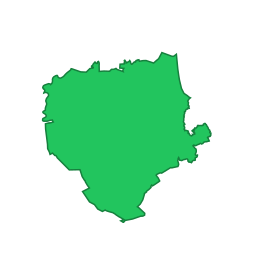 Ometepec, Guerrero, Mexico (Natural Earth projection), rotated 58°
{"feature_id": "50627088B84554678203253", "entity_name": "Ometepec", "entity_type": "district", "adm_level": 2, "iso_a3": "MEX", "parent_name": "Mexico", "parent_adm1": "Guerrero", "projection": "natural_earth1", "projection_center": [-98.323, 16.673], "detail": "fine", "context": "isolated", "style": "filled", "palette": "green", "viewbox_px": 256, "rotation_deg": 58, "n_neighbors": 0, "source": "geoboundaries", "source_scale": "gbopen_adm2", "svg_char_len": 5536}
<svg xmlns="http://www.w3.org/2000/svg" viewBox="0 0 256 256"><g transform="rotate(58 128 128)"><path d="M53.7,180.8L53.9,179.4L55.1,178.1L55.9,177.6L56.9,177.5L58.2,178.1L58.7,178.6L59.0,179.4L59.7,181.3L60.1,181.9L61.0,182.9L61.5,183.4L63.8,183.9L64.4,184.2L65.2,184.8L66.0,186.0L67.3,187.5L68.9,188.6L69.1,188.9L69.0,190.9L69.1,191.3L69.3,191.7L69.8,191.9L70.5,191.8L72.3,190.9L73.5,190.7L74.1,190.8L74.7,191.2L75.0,191.7L75.1,192.3L74.9,195.1L75.2,195.6L76.3,196.4L76.7,196.4L77.4,196.0L78.1,195.0L79.2,193.3L79.6,192.3L80.2,189.9L81.2,187.9L82.5,188.2L83.3,188.2L82.8,190.2L82.1,192.2L81.9,192.1L81.6,192.7L80.7,195.8L85.2,198.4L99.2,204.9L103.0,207.1L106.6,207.4L109.1,208.1L109.3,205.3L112.5,204.6L113.2,203.7L115.0,203.7L115.7,203.8L132.4,200.0L137.9,190.8L145.0,192.6L149.4,192.6L149.5,192.4L149.8,192.3L151.3,192.7L155.5,192.8L158.4,192.5L158.3,194.4L157.8,200.2L170.3,199.8L175.2,197.0L180.7,196.6L185.2,193.9L185.5,190.8L186.6,190.3L189.0,188.3L191.8,185.7L194.2,184.5L195.2,184.2L198.7,182.6L199.1,182.3L203.5,180.0L202.9,183.3L203.8,182.8L205.2,182.2L205.6,181.7L204.9,179.3L207.6,172.3L209.5,164.0L210.6,162.1L210.7,160.1L209.2,159.0L201.6,161.0L199.8,161.8L199.0,157.9L196.7,153.5L193.0,149.3L192.2,148.8L192.2,147.0L191.9,146.5L192.0,146.3L191.6,146.1L191.3,144.4L191.3,143.3L190.6,140.0L190.1,139.9L189.6,139.6L189.0,138.2L190.0,138.1L190.1,136.9L189.9,130.3L189.7,129.2L186.5,128.9L185.7,128.9L185.1,129.1L182.9,129.1L182.6,128.1L183.0,124.7L184.1,123.3L184.2,112.8L185.0,112.0L187.1,106.1L186.6,105.2L186.3,105.1L185.6,104.2L184.3,103.8L183.8,103.6L182.2,103.3L181.3,102.3L180.3,101.5L179.9,100.7L181.3,100.9L182.6,101.3L182.8,101.2L183.1,100.7L184.1,99.7L184.3,97.4L184.8,96.5L185.2,94.8L185.8,94.1L186.3,94.0L187.2,94.3L187.8,94.7L188.4,94.6L188.6,94.3L188.9,94.5L189.1,94.5L190.4,92.9L191.0,92.7L190.9,92.0L190.5,91.6L190.3,91.3L190.3,90.9L190.1,90.4L190.2,89.4L190.7,88.8L190.9,88.3L190.9,88.1L190.8,87.9L189.0,86.9L188.9,86.4L189.2,85.4L189.2,85.2L188.8,84.4L187.8,83.4L187.6,83.5L187.4,84.6L186.8,85.0L186.5,85.1L186.1,84.9L185.5,84.4L185.1,83.7L184.4,82.8L183.3,82.1L182.0,81.5L181.8,81.5L180.8,82.0L179.6,82.0L179.1,82.1L178.8,82.1L177.8,82.3L177.4,82.2L177.3,81.4L177.9,80.8L178.5,80.4L178.8,80.1L179.0,78.6L179.0,77.7L179.4,76.4L179.3,75.5L179.5,74.6L180.5,74.2L180.8,72.8L180.3,71.4L180.3,71.1L180.4,70.8L180.5,70.1L181.4,68.4L181.7,66.9L182.1,66.3L182.1,66.0L179.1,65.5L178.4,65.7L178.2,65.6L178.1,65.4L178.1,65.0L178.4,63.8L178.2,63.3L178.6,62.9L178.6,62.6L178.0,61.6L176.9,60.9L176.3,60.4L175.4,61.1L175.1,61.1L174.9,60.9L174.5,60.1L174.2,60.1L173.7,60.2L173.0,59.9L172.3,60.3L171.7,60.3L169.8,59.9L167.7,60.0L166.8,59.8L165.7,60.2L165.2,60.1L164.9,60.3L164.7,60.8L164.7,61.5L164.8,62.3L165.4,62.6L165.5,63.3L165.2,63.9L165.0,64.3L164.9,64.3L164.8,64.7L164.5,64.8L164.0,65.9L162.8,67.4L163.0,68.0L163.6,68.2L163.8,69.7L164.0,69.9L164.1,70.4L163.9,70.6L163.7,71.1L163.4,71.3L164.6,72.7L164.8,72.6L164.9,73.0L164.9,73.4L164.4,73.2L163.9,73.3L164.3,74.4L164.2,74.8L164.3,75.1L164.7,74.8L165.1,75.0L165.4,74.8L165.4,74.3L165.7,74.1L166.1,74.5L166.1,74.8L166.3,74.8L166.4,74.5L166.5,74.1L167.6,74.4L167.7,74.2L168.5,74.7L167.8,75.8L168.1,76.1L168.2,76.6L167.9,76.8L168.3,76.9L168.4,78.3L167.9,78.7L166.6,79.3L165.2,79.1L165.2,79.3L164.4,79.8L164.0,79.6L164.1,79.2L163.6,79.0L163.2,79.0L163.1,78.8L162.7,78.8L162.2,78.7L161.9,79.2L161.7,79.2L160.3,80.5L160.4,81.1L159.3,81.0L158.9,81.1L158.7,81.0L158.8,81.1L158.5,80.9L158.6,80.5L157.7,79.7L157.2,79.5L155.8,79.6L155.4,79.0L155.1,79.0L154.9,78.8L155.0,78.4L154.8,78.5L154.2,77.7L153.4,77.8L152.9,78.0L152.4,77.7L152.0,77.7L151.0,76.6L150.9,76.6L150.6,76.3L150.0,76.1L149.1,75.4L149.0,75.0L148.5,74.9L147.7,74.0L147.4,74.3L146.8,73.8L146.3,73.3L146.0,72.7L145.3,71.9L144.7,71.9L144.1,71.4L144.4,71.0L144.2,70.3L143.3,69.4L143.1,68.8L143.1,68.3L143.5,67.4L142.8,66.7L143.6,65.7L142.7,65.5L142.4,65.0L141.9,64.9L141.5,64.6L141.1,64.7L141.1,64.9L140.6,65.0L139.5,64.0L138.9,63.7L138.4,63.2L137.0,63.2L136.7,63.0L135.6,60.4L135.5,59.1L133.7,60.1L132.3,60.4L128.3,62.2L122.8,61.7L114.7,59.0L110.6,57.3L104.3,54.5L91.1,47.9L91.4,51.3L90.5,52.7L82.0,59.3L85.5,65.3L85.8,67.9L86.5,71.9L85.8,72.4L80.4,76.9L78.9,79.4L77.4,83.0L75.9,82.6L75.7,83.2L75.4,83.4L75.6,84.3L75.2,84.7L75.1,85.2L75.3,85.9L75.9,86.3L76.0,86.6L75.6,87.4L75.3,87.6L76.0,90.7L75.8,91.2L75.6,91.3L74.4,91.3L73.1,90.8L71.7,90.8L72.2,92.2L72.0,93.0L71.9,93.8L72.1,94.3L72.1,94.6L68.8,94.8L68.8,95.3L69.3,95.3L69.6,95.4L69.8,95.8L70.7,96.6L71.6,96.6L71.6,96.9L71.5,97.1L71.5,97.5L69.7,100.9L72.8,103.2L75.2,100.0L75.7,101.0L76.2,101.4L76.5,102.0L76.8,102.2L77.5,102.3L72.6,106.2L71.1,106.6L70.8,108.7L69.5,111.0L70.1,113.6L67.0,118.2L64.8,122.4L59.4,119.2L58.5,118.5L57.3,117.9L56.1,117.8L55.9,117.8L55.8,118.5L56.7,119.6L56.9,119.9L56.8,120.1L56.2,120.8L55.1,120.7L54.6,121.0L54.5,121.4L55.0,122.4L55.3,123.6L56.0,124.6L56.2,126.1L56.4,126.3L56.7,126.3L57.5,125.5L57.7,125.4L58.3,125.4L58.6,125.9L58.6,126.2L57.8,127.0L57.7,128.3L57.4,128.8L58.5,133.8L55.4,138.3L48.0,144.3L47.6,144.8L48.3,145.8L48.5,146.6L48.8,150.1L49.3,152.6L50.0,154.8L50.2,156.6L50.0,158.4L49.8,159.1L49.5,159.5L48.5,160.1L48.0,160.3L47.5,160.3L46.3,160.1L45.9,160.2L45.7,160.5L45.4,161.5L45.3,163.1L45.3,163.8L45.7,165.1L46.4,166.0L47.0,166.5L48.0,167.0L49.2,168.0L49.9,169.1L49.8,169.4L50.2,170.5L49.7,170.5L49.2,170.9L48.3,171.9L47.5,175.4L47.4,176.1L47.4,177.3L48.3,178.7L48.9,178.9L49.7,178.7L49.8,179.0L51.8,178.5L52.3,178.8L52.9,179.4L53.3,180.4L53.7,180.8Z" fill="#22c55e" stroke="#15803d" stroke-width="1.5"/></g></svg>